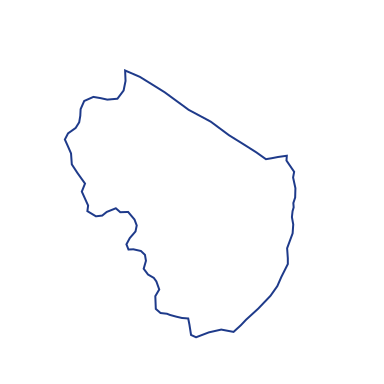 outline of Bjurholm, Västerbotten, Sweden, rotated 54°
{"feature_id": "70781695B45286900623809", "entity_name": "Bjurholm", "entity_type": "district", "adm_level": 2, "iso_a3": "SWE", "parent_name": "Sweden", "parent_adm1": "Västerbotten", "projection": "orthographic", "projection_center": [18.977, 63.981], "detail": "fine", "context": "isolated", "style": "outline", "palette": "blue", "viewbox_px": 384, "rotation_deg": 54, "n_neighbors": 0, "source": "geoboundaries", "source_scale": "gbopen_adm2", "svg_char_len": 1234}
<svg xmlns="http://www.w3.org/2000/svg" viewBox="0 0 384 384"><g transform="rotate(54 192 192)"><path d="M54.4,174.7L63.1,180.5L69.7,187.7L72.7,197.5L67.5,206.2L62.3,210.8L57.1,215.9L55.0,225.7L59.5,233.4L64.7,237.6L69.3,242.3L71.8,248.5L71.7,257.8L74.8,264.0L82.5,265.6L89.7,267.2L99.0,273.0L109.3,273.5L122.3,273.6L126.9,280.9L141.9,284.0L146.0,287.9L155.2,284.0L158.3,278.5L158.0,272.7L160.4,263.2L166.2,261.9L170.6,255.4L180.5,254.7L186.6,256.4L190.7,260.9L192.7,269.4L195.8,275.8L201.2,277.2L203.9,273.1L209.7,268.0L215.2,267.0L220.6,269.7L225.7,276.2L232.9,276.1L239.0,273.4L243.4,273.4L251.6,275.8L254.7,282.9L265.3,290.0L271.4,288.6L275.8,283.8L278.5,282.1L283.6,278.0L288.0,274.2L292.1,269.4L297.9,272.1L307.1,276.8L311.9,274.1L315.5,260.8L320.5,249.2L327.6,242.5L329.6,240.6L328.5,230.8L327.1,223.3L325.3,207.1L322.1,189.5L318.3,178.3L313.2,169.6L306.6,156.8L301.9,153.4L301.4,153.1L293.4,148.1L284.6,134.9L277.8,129.2L271.0,125.9L266.6,121.9L264.2,118.8L260.5,116.5L257.1,111.8L249.7,106.1L239.7,101.7L235.7,97.5L222.1,97.1L218.4,94.0L214.2,101.9L211.5,107.7L208.9,112.9L197.9,116.6L187.3,120.8L167.8,128.7L146.1,135.5L123.6,146.4L95.2,155.5L68.2,166.5L54.4,174.7Z" fill="none" stroke="#1e3a8a" stroke-width="2"/></g></svg>